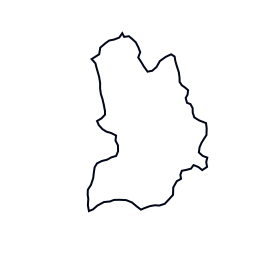 São José do Alegre, Minas Gerais, Brazil (Albers equal-area conic projection), rotated 237°
{"feature_id": "56859067B14852467328130", "entity_name": "São José do Alegre", "entity_type": "district", "adm_level": 2, "iso_a3": "BRA", "parent_name": "Brazil", "parent_adm1": "Minas Gerais", "projection": "albers", "projection_center": [-45.516, -22.321], "detail": "fine", "context": "isolated", "style": "outline", "palette": "ink", "viewbox_px": 256, "rotation_deg": 237, "n_neighbors": 0, "source": "geoboundaries", "source_scale": "gbopen_adm2", "svg_char_len": 1466}
<svg xmlns="http://www.w3.org/2000/svg" viewBox="0 0 256 256"><g transform="rotate(237 128 128)"><path d="M210.6,174.8L208.6,169.9L209.7,164.7L211.6,159.9L211.4,155.2L210.5,148.5L205.5,144.0L205.6,135.0L200.0,135.9L195.6,134.4L191.3,133.1L186.8,131.7L181.2,129.3L176.3,126.1L171.1,123.7L166.3,122.4L160.5,120.3L154.9,118.0L151.7,116.0L150.5,111.1L150.7,105.8L146.4,105.1L141.1,105.9L136.7,107.9L133.0,111.1L128.2,113.9L124.3,110.7L118.9,110.1L113.9,107.0L111.0,102.8L112.4,98.3L112.8,93.3L114.6,88.0L115.2,82.7L113.2,78.6L109.6,75.4L104.9,71.5L100.5,66.0L98.1,60.7L94.1,57.9L90.2,56.1L85.1,52.3L79.6,50.0L78.8,54.3L79.6,60.2L79.0,67.5L76.2,72.9L75.3,77.1L72.4,81.8L68.5,87.2L63.4,90.8L57.8,92.5L52.5,94.4L51.7,98.9L50.5,103.9L48.5,108.6L45.9,112.0L44.4,117.5L45.8,123.3L47.4,129.3L53.5,133.6L56.8,139.9L56.5,144.8L60.2,146.4L62.8,149.8L60.9,154.7L59.6,158.6L61.2,162.8L56.9,165.8L52.3,167.3L52.3,173.1L56.9,175.1L60.0,178.4L63.8,175.5L68.9,174.1L72.9,177.6L75.7,181.9L77.4,185.5L79.4,190.0L84.9,193.8L89.6,196.1L95.8,191.7L100.8,189.4L105.5,190.6L109.4,193.0L114.0,193.4L117.0,191.2L121.7,192.7L123.5,196.1L127.0,199.0L130.8,197.9L134.5,196.4L138.5,196.4L142.3,198.7L147.1,201.0L153.9,202.8L158.7,204.3L162.5,206.0L166.3,204.3L167.1,198.4L166.8,191.2L163.6,185.1L162.8,179.5L164.6,175.1L171.3,174.8L176.3,175.0L181.6,175.0L184.9,179.5L189.9,180.6L195.6,181.2L200.4,180.0L204.5,178.7L206.5,174.4L210.6,174.8Z" fill="none" stroke="#020617" stroke-width="2"/></g></svg>